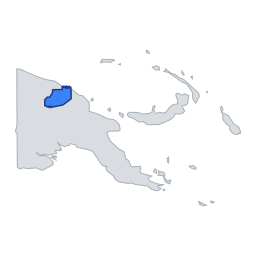 Angoram District, East Sepik, Papua New Guinea shown in context
{"feature_id": "67681753B97300353445922", "entity_name": "Angoram District", "entity_type": "district", "adm_level": 2, "iso_a3": "PNG", "parent_name": "Papua New Guinea", "parent_adm1": "East Sepik", "projection": "orthographic", "projection_center": [143.956, -4.467], "detail": "fine", "context": "in_parent", "style": "filled", "palette": "blue", "viewbox_px": 256, "rotation_deg": 0, "n_neighbors": 0, "source": "geoboundaries", "source_scale": "gbopen_adm2", "svg_char_len": 6211}
<svg xmlns="http://www.w3.org/2000/svg" viewBox="0 0 256 256"><path d="M17.3,167.2L17.1,133.8L15.4,131.3L17.0,125.4L16.8,68.9L20.0,69.2L35.5,76.0L45.9,79.6L55.0,81.2L63.4,86.9L69.6,87.2L78.8,95.1L82.6,95.7L89.1,102.3L89.4,107.7L88.7,111.1L98.6,114.3L108.0,118.9L113.2,119.4L116.0,121.1L119.5,125.0L120.1,130.2L118.1,131.1L109.2,131.1L106.7,132.8L110.2,141.0L118.2,148.5L124.1,152.0L125.9,158.8L128.9,160.9L130.8,166.3L133.9,166.9L139.9,166.1L140.9,168.4L139.9,171.8L140.8,173.1L151.8,176.1L148.1,177.8L149.7,181.0L156.9,183.7L161.4,184.7L164.1,184.4L160.9,185.9L158.1,185.4L157.6,185.9L158.7,187.2L161.0,188.6L158.5,190.4L156.1,190.7L151.7,189.5L147.8,186.1L135.8,184.5L131.6,183.0L128.3,183.5L118.5,181.6L115.3,179.2L113.2,175.6L107.4,171.3L106.1,169.2L106.7,166.3L105.0,166.8L101.7,164.7L92.9,151.5L88.3,149.6L77.0,147.3L75.4,144.7L70.1,143.7L68.9,145.4L64.6,146.6L60.9,145.3L57.3,142.1L61.6,149.4L60.1,149.4L60.8,150.5L59.9,150.7L55.2,150.3L56.7,153.3L48.9,155.0L43.1,154.4L40.4,155.1L39.2,155.1L37.7,152.8L35.6,153.3L37.4,153.3L39.6,155.9L44.5,155.5L49.2,157.4L53.1,161.8L53.0,164.8L42.3,170.3L36.0,167.9L27.0,168.6L23.7,167.7L19.7,168.8L17.3,167.2ZM179.9,93.8L182.1,95.3L184.4,93.7L188.7,95.7L187.8,103.0L186.4,105.0L182.7,105.7L182.2,106.7L184.6,111.0L183.6,112.6L180.4,114.1L175.2,113.9L173.8,116.8L170.8,119.4L159.5,124.5L147.2,124.8L143.2,121.5L139.0,122.1L133.3,118.3L128.6,116.7L127.6,115.3L127.7,113.4L129.1,112.3L137.6,112.5L142.9,114.1L150.0,113.2L152.0,112.1L152.8,107.4L154.0,105.5L155.2,106.4L153.7,110.0L155.3,113.3L160.3,112.4L163.5,113.1L166.0,112.2L169.6,107.2L172.5,104.9L177.6,103.8L177.6,100.1L175.8,95.0L176.6,93.5L179.9,93.8ZM240.6,131.9L240.0,133.6L239.6,133.0L237.1,134.5L234.2,134.0L231.6,132.3L229.7,129.3L229.7,126.0L226.9,124.5L223.2,120.2L222.6,117.4L222.9,112.9L228.3,115.6L233.6,123.6L238.8,127.2L240.6,131.9ZM199.5,96.0L195.8,103.2L193.6,100.2L192.7,98.2L192.6,92.6L186.9,84.2L181.0,81.4L168.9,72.7L164.1,71.3L165.3,70.9L165.3,68.8L171.2,73.3L175.0,74.4L179.9,78.0L183.3,79.2L197.8,92.3L199.5,96.0ZM102.6,59.3L114.1,59.7L114.3,60.6L112.8,60.7L110.8,62.5L103.9,61.9L100.9,62.8L100.7,61.6L101.8,61.2L101.6,59.9L102.6,59.3ZM159.6,171.0L161.6,172.3L163.4,172.1L164.7,173.6L164.9,175.9L164.2,176.4L163.7,175.7L158.1,175.2L159.2,173.9L158.2,171.2L159.6,171.0ZM159.4,70.0L155.4,70.0L152.3,67.1L156.3,65.8L159.3,67.2L159.4,70.0ZM167.6,181.2L170.2,179.8L170.8,180.3L169.7,183.9L165.7,182.3L163.2,176.5L167.6,181.2ZM189.1,166.2L193.5,165.6L195.5,167.2L196.1,167.8L195.7,169.3L192.1,168.6L189.1,166.2ZM198.2,201.2L206.2,205.2L203.2,205.8L200.7,204.7L200.4,203.8L199.4,204.1L199.9,203.4L198.2,201.2ZM122.9,117.6L119.3,114.6L119.5,112.5L123.4,114.4L122.9,117.6ZM156.8,173.2L155.8,173.3L153.4,171.2L154.9,168.8L156.5,169.7L156.8,173.2ZM221.7,112.7L220.2,107.8L221.6,106.3L223.0,109.4L221.7,112.7ZM110.2,111.6L107.7,109.7L109.5,107.9L110.7,108.9L110.2,111.6ZM149.4,53.2L148.0,53.6L146.1,52.0L146.6,50.2L148.8,51.4L149.4,53.2ZM93.4,99.6L91.8,101.3L90.8,100.0L92.5,98.0L93.4,99.6ZM168.6,157.1L168.6,162.9L167.4,161.8L168.0,159.4L166.9,158.7L168.6,157.1ZM54.1,158.1L56.6,160.5L50.6,156.7L54.1,158.1ZM56.3,157.5L53.0,156.6L52.3,155.8L56.2,156.2L56.3,157.5ZM214.0,201.9L213.7,202.7L211.6,202.9L210.2,201.7L211.6,202.0L211.4,201.1L214.0,201.9ZM192.3,76.1L192.4,78.8L190.9,76.9L192.3,76.1ZM184.3,74.6L183.7,75.3L182.1,73.4L182.4,73.1L184.3,74.6ZM164.7,189.4L164.5,190.6L163.0,189.9L163.2,189.2L164.7,189.4ZM183.0,72.5L181.8,72.8L182.0,71.0L183.0,72.5ZM120.3,63.5L120.5,64.8L118.8,64.5L120.3,63.5ZM207.4,91.4L207.2,92.7L206.4,92.2L207.4,91.4Z" fill="#d9dde1" stroke="#a8b0b8" stroke-width="1"/><path d="M44.8,105.5L45.2,105.5L45.3,105.7L45.5,105.6L45.8,105.8L45.9,106.0L46.0,106.0L46.3,106.1L46.5,106.2L46.5,106.3L46.8,106.5L47.0,106.7L47.1,106.8L47.3,106.8L47.5,106.9L47.8,107.0L47.9,106.8L47.9,106.7L48.0,106.6L48.3,106.6L48.6,106.6L48.8,106.6L49.0,106.4L49.1,106.5L49.2,106.8L49.4,106.7L49.4,106.8L49.5,106.7L49.6,106.8L49.8,107.0L49.9,106.9L50.0,107.0L50.0,106.9L50.3,106.7L50.3,106.8L50.5,106.7L50.8,106.6L51.1,106.7L51.2,106.8L51.3,106.9L51.5,107.0L51.8,107.2L51.9,107.3L52.0,107.3L52.0,107.2L62.0,105.1L63.1,104.8L71.1,98.8L71.1,89.8L70.7,89.4L70.6,89.1L70.6,88.8L70.6,88.7L70.6,88.4L70.9,88.1L70.8,87.8L70.7,87.8L70.7,87.7L70.5,87.8L70.6,87.2L70.3,87.0L70.1,86.9L69.5,86.9L69.4,86.8L68.7,86.7L68.2,86.6L67.9,86.6L67.7,86.6L67.3,86.6L67.2,86.6L66.9,86.5L66.7,86.5L66.8,86.8L67.0,86.8L67.0,86.7L67.1,86.8L67.1,87.0L67.3,87.1L67.5,87.2L67.7,86.9L67.8,86.8L68.0,86.7L68.1,86.8L67.8,87.0L68.0,87.2L68.3,87.2L68.5,87.2L68.8,87.1L68.9,86.9L69.0,86.8L69.0,87.0L68.9,87.0L68.7,87.2L68.2,87.2L68.0,87.3L68.0,87.5L68.3,88.0L68.2,88.1L67.8,88.2L67.6,88.1L67.5,87.9L67.7,88.1L67.9,88.1L68.1,88.1L68.0,87.5L67.9,87.4L68.0,87.3L68.0,87.2L67.9,87.2L67.7,87.2L67.5,87.3L67.4,87.3L67.3,87.2L67.2,87.3L67.3,87.2L67.2,87.1L67.0,86.9L66.8,86.9L66.7,86.8L66.7,87.0L66.8,87.0L66.7,87.0L66.4,87.1L66.2,87.0L66.3,87.2L66.3,87.3L66.2,87.3L66.3,87.4L66.2,87.5L66.2,87.4L66.1,87.5L66.4,87.7L66.5,87.7L66.5,87.8L66.4,87.9L66.3,87.7L66.2,87.7L66.1,87.8L65.8,87.7L65.7,87.7L65.6,87.4L65.6,87.2L65.4,87.1L65.3,87.3L65.2,87.3L65.2,87.5L65.0,87.4L64.9,87.4L65.0,87.4L64.9,87.3L64.7,87.3L64.5,87.2L64.4,87.1L64.3,86.9L64.2,86.9L64.1,87.0L64.0,87.3L63.8,87.3L63.8,87.1L64.1,87.0L64.1,86.9L64.3,86.9L64.5,86.9L64.8,86.7L65.1,86.6L64.9,86.6L64.7,86.6L64.3,86.7L64.1,86.7L63.7,86.7L63.2,86.7L62.8,86.7L62.7,86.8L62.8,86.9L62.8,87.0L62.7,87.0L62.7,86.9L62.6,87.0L62.6,86.8L62.5,86.7L62.1,86.7L62.0,86.9L62.2,87.4L62.2,89.6L55.1,89.6L54.9,89.8L52.6,89.8L52.6,92.4L49.7,97.2L47.3,97.2L44.8,99.8L44.8,105.5ZM66.1,86.6L65.6,86.6L65.4,86.5L65.2,86.5L65.3,86.6L65.4,86.8L65.3,87.0L65.5,87.0L65.7,86.9L65.8,87.0L65.9,86.9L66.0,86.9L66.0,86.7L65.9,86.7L66.0,86.6L66.3,86.6L66.5,86.6L66.4,86.5L66.1,86.6ZM66.5,86.8L66.4,86.7L66.2,86.7L66.1,86.8L66.1,87.0L66.1,86.9L65.9,86.9L65.9,87.0L66.0,87.0L66.2,86.9L66.3,86.8L66.5,86.9L66.5,86.8ZM65.1,86.7L64.9,86.7L64.9,86.8L64.9,87.0L65.0,87.0L65.2,86.9L65.1,86.7ZM65.8,87.1L65.7,87.0L65.8,87.3L66.0,87.4L66.1,87.2L65.9,87.1L65.8,87.1ZM65.2,87.0L65.3,86.8L65.2,86.7L65.1,86.8L65.1,87.0L65.2,87.0ZM67.8,87.0L67.8,86.9L67.8,87.0L67.8,87.0Z" fill="#3b82f6" stroke="#1e3a8a" stroke-width="1.5"/></svg>